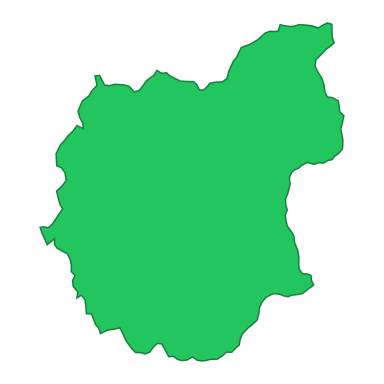 outline of Jacutinga, Minas Gerais, Brazil
{"feature_id": "56859067B357432124810", "entity_name": "Jacutinga", "entity_type": "district", "adm_level": 2, "iso_a3": "BRA", "parent_name": "Brazil", "parent_adm1": "Minas Gerais", "projection": "equal_earth", "projection_center": [-46.595, -22.286], "detail": "fine", "context": "isolated", "style": "filled", "palette": "green", "viewbox_px": 384, "rotation_deg": 0, "n_neighbors": 0, "source": "geoboundaries", "source_scale": "gbopen_adm2", "svg_char_len": 2594}
<svg xmlns="http://www.w3.org/2000/svg" viewBox="0 0 384 384"><path d="M95.1,75.9L97.0,85.4L91.5,91.3L88.9,96.0L82.5,100.8L78.0,111.2L80.0,118.1L82.8,123.2L83.4,128.7L77.0,125.6L72.7,131.4L67.7,136.1L65.2,139.8L60.6,144.6L56.1,153.7L56.7,165.8L61.4,167.7L65.0,172.8L66.2,180.5L61.8,186.3L56.6,191.0L58.0,196.9L60.3,205.2L62.6,208.8L56.6,217.8L52.5,223.9L48.5,227.7L43.8,226.9L40.1,227.3L42.1,233.2L44.4,238.3L47.2,244.7L50.7,241.8L54.5,238.8L54.5,244.2L57.0,248.1L62.6,251.3L67.4,253.9L70.4,260.0L71.4,265.4L71.3,271.7L75.1,275.5L72.5,280.5L73.3,286.6L77.9,292.0L76.9,298.0L81.3,295.2L85.0,299.8L85.8,306.0L86.4,313.7L91.5,313.9L95.5,324.4L98.6,327.8L100.4,333.6L107.6,330.1L113.3,329.4L120.0,327.8L122.8,333.7L126.2,341.0L130.7,347.4L135.5,352.5L140.8,352.7L145.2,354.0L149.9,352.0L153.5,346.9L157.6,343.4L161.8,344.0L165.7,350.9L168.7,356.7L173.3,356.2L177.0,359.1L181.2,360.6L186.7,360.1L192.6,356.9L197.0,360.1L201.8,361.0L205.5,360.6L210.1,359.4L217.4,359.1L222.8,355.6L226.3,352.2L231.8,352.2L235.6,348.1L239.2,345.0L240.2,339.2L242.3,334.1L245.9,330.1L249.3,326.9L253.6,323.5L257.1,320.0L258.8,314.0L259.3,308.1L261.8,302.5L265.7,297.6L270.0,295.2L273.4,293.7L279.4,294.1L283.9,295.9L288.1,296.7L291.6,295.2L295.8,294.7L302.3,293.7L308.2,289.0L313.7,285.1L311.4,280.3L311.0,275.4L307.2,273.9L302.3,273.7L299.3,269.1L298.6,263.8L298.9,258.2L297.9,251.0L294.6,242.6L293.8,235.7L291.2,231.5L287.3,226.1L285.9,220.5L285.3,214.9L287.3,210.0L285.8,205.2L285.5,199.3L288.0,192.7L290.1,184.7L289.4,177.6L291.4,172.7L294.6,169.8L298.5,168.2L302.3,164.9L307.3,162.4L314.0,164.3L318.8,162.7L323.3,163.2L327.7,160.5L332.0,159.7L334.6,156.3L338.4,153.7L342.5,148.8L342.9,140.4L341.9,134.6L340.7,129.0L342.1,124.1L343.9,115.7L339.7,111.7L339.3,106.6L338.3,100.8L332.2,97.6L327.3,96.9L325.1,92.4L324.1,85.2L322.0,78.5L318.0,72.2L315.0,66.3L316.0,59.5L321.4,54.4L325.9,49.5L330.2,46.3L334.2,42.9L332.5,38.4L332.0,33.1L331.9,24.3L327.3,23.0L322.9,25.1L318.2,28.0L312.3,25.9L306.1,25.1L299.2,24.6L294.4,26.2L290.0,26.5L283.9,25.7L280.2,24.6L278.0,31.3L274.2,31.5L269.9,31.3L265.1,33.1L261.6,36.3L257.6,39.8L253.4,42.4L249.2,44.6L244.9,46.1L241.1,47.8L238.8,52.7L236.6,57.3L233.5,61.0L231.6,65.0L229.1,70.5L226.9,78.5L222.3,81.9L215.0,82.2L209.9,83.3L206.7,87.1L203.6,90.0L199.4,90.0L196.8,84.6L193.7,81.7L188.1,81.5L180.8,81.2L174.8,78.5L169.8,75.8L166.4,72.7L162.0,73.4L157.0,70.5L153.8,75.3L150.3,77.8L146.5,80.7L143.2,85.4L139.0,90.7L134.0,91.8L129.5,86.5L124.3,84.9L120.2,84.6L115.0,84.3L109.7,85.6L104.6,85.1L101.7,79.5L99.6,75.4L95.1,75.9Z" fill="#22c55e" stroke="#15803d" stroke-width="1.5"/></svg>